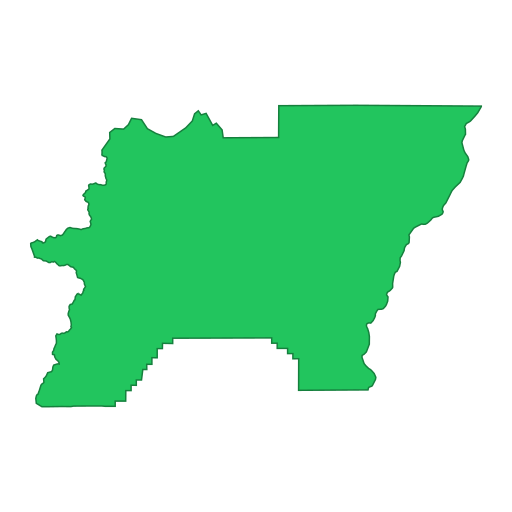 outline of Baker, Oregon, United States of America
{"feature_id": "52423323B10863123109604", "entity_name": "Baker", "entity_type": "district", "adm_level": 2, "iso_a3": "USA", "parent_name": "United States of America", "parent_adm1": "Oregon", "projection": "mercator", "projection_center": [-117.935, 44.668], "detail": "fine", "context": "isolated", "style": "filled", "palette": "green", "viewbox_px": 512, "rotation_deg": 0, "n_neighbors": 0, "source": "geoboundaries", "source_scale": "gbopen_adm2", "svg_char_len": 5441}
<svg xmlns="http://www.w3.org/2000/svg" viewBox="0 0 512 512"><path d="M105.1,406.3L115.2,406.3L115.2,401.1L125.7,401.1L125.8,390.6L131.1,390.6L131.1,385.2L136.3,385.3L136.3,380.0L141.5,380.0L142.8,369.5L146.8,369.5L146.7,364.3L151.9,364.3L151.9,357.7L157.2,357.8L157.2,348.6L162.4,348.6L162.5,343.3L172.7,343.5L172.7,338.2L271.7,337.9L271.7,343.2L277.2,343.2L277.2,348.4L287.6,348.4L287.6,353.6L292.9,353.6L292.9,358.8L298.7,358.7L298.6,390.3L368.0,389.9L368.5,387.8L368.8,387.4L369.2,387.1L371.7,386.2L372.3,385.7L375.2,380.0L375.4,379.7L375.8,377.7L375.8,377.2L374.2,373.6L373.9,373.2L371.4,370.4L370.4,369.5L368.8,368.6L365.9,365.8L364.1,363.6L362.0,357.4L362.1,355.4L364.1,354.2L366.2,352.1L366.6,351.3L368.4,346.6L369.3,344.2L369.4,336.6L369.1,334.6L368.8,332.6L367.6,328.6L366.8,327.2L366.5,326.0L366.4,325.2L366.7,324.2L366.9,323.7L368.9,322.8L370.3,323.1L370.9,323.0L373.1,320.6L374.6,317.8L375.1,316.5L375.4,315.3L375.3,314.1L375.8,312.9L377.0,310.7L378.0,309.4L381.7,309.2L383.3,308.6L385.5,306.2L386.4,304.6L387.7,301.1L388.0,296.9L386.7,295.1L386.6,294.3L387.2,292.7L388.1,291.7L389.3,291.1L390.3,290.3L392.4,288.0L392.7,287.2L392.6,283.5L393.8,275.9L394.5,273.9L395.3,272.2L397.0,271.4L399.6,266.4L400.4,262.3L400.0,260.4L400.2,257.7L401.4,256.2L404.1,250.6L404.2,249.6L404.6,247.6L406.4,244.6L408.5,243.5L409.1,242.4L409.4,236.9L408.9,234.9L413.6,228.3L415.2,227.2L421.5,224.0L423.5,224.3L425.4,224.2L427.2,223.2L428.6,222.0L430.9,219.9L432.1,218.3L432.7,217.8L433.7,217.3L438.4,216.3L441.5,214.5L442.1,214.1L442.8,212.9L443.1,211.9L443.1,211.5L442.5,210.2L442.3,209.4L442.3,208.7L443.0,206.5L443.8,205.2L445.8,203.0L449.6,195.5L450.8,193.0L452.1,190.5L455.3,186.9L460.1,182.4L462.2,178.6L463.4,176.1L463.9,174.0L465.1,169.7L466.1,166.1L467.1,162.9L468.3,161.0L468.7,160.1L468.7,159.5L467.8,156.7L465.0,152.7L463.9,150.3L463.7,149.6L461.9,142.7L462.3,140.7L465.1,134.9L465.5,134.4L465.4,129.3L465.1,128.1L464.6,126.9L464.6,126.6L466.3,123.5L469.2,121.9L470.5,121.0L474.8,116.3L477.7,112.8L481.3,106.6L481.3,106.1L356.0,105.3L278.8,105.7L278.6,137.5L223.2,137.8L222.1,129.9L216.3,123.2L212.7,125.4L206.1,113.4L201.1,114.9L198.3,110.8L194.6,113.8L192.3,121.0L185.8,127.8L173.4,136.4L165.7,137.0L155.8,133.4L147.4,128.7L141.5,119.7L131.6,118.3L128.4,124.7L123.6,129.1L114.8,128.5L109.7,132.5L109.9,138.9L101.9,150.2L102.1,150.7L102.0,152.0L102.1,153.0L101.9,154.4L102.2,155.5L103.2,155.8L104.0,156.3L105.0,156.7L106.0,156.6L106.4,157.0L106.9,157.6L107.1,158.6L106.8,159.4L106.4,161.3L106.2,161.9L105.2,162.7L105.4,163.8L106.0,164.5L106.0,166.1L105.1,167.2L104.2,168.0L103.9,169.1L104.4,169.9L104.1,171.9L105.3,173.7L105.3,175.9L106.0,178.5L106.7,179.8L106.7,180.9L106.4,181.3L106.2,182.5L106.3,183.6L105.9,184.5L104.5,185.2L102.7,185.3L100.7,184.7L100.1,184.6L99.3,184.7L97.7,184.3L96.7,183.7L96.2,183.2L95.6,183.0L95.1,183.2L93.8,183.8L92.4,184.2L90.4,184.0L89.3,184.6L88.8,185.0L88.6,185.9L88.9,186.7L89.0,188.1L89.0,188.9L87.3,190.2L85.8,191.1L85.5,192.5L84.6,193.4L83.3,194.6L83.0,195.6L83.8,196.3L84.9,196.8L85.3,197.7L84.9,199.0L84.7,199.6L85.0,200.2L85.7,200.6L85.9,201.3L86.6,201.7L88.0,202.2L88.8,203.4L88.9,204.7L88.3,205.7L88.0,207.4L88.3,208.5L87.8,209.0L87.8,209.9L88.1,210.4L88.9,211.7L89.2,212.7L89.0,213.5L89.3,214.8L90.4,216.3L91.3,217.8L91.5,219.4L90.8,220.2L90.2,221.4L91.0,224.3L90.1,226.7L88.8,227.8L87.2,227.8L85.6,228.4L83.0,228.8L81.1,229.6L79.5,229.1L76.9,228.6L73.3,228.4L72.1,228.2L70.0,227.5L67.8,228.2L66.3,229.5L65.7,230.5L64.8,231.7L63.2,234.1L62.2,235.2L61.2,235.4L60.6,235.7L59.2,235.2L58.0,234.9L56.7,235.5L56.5,236.7L55.7,237.7L53.7,237.7L51.8,236.9L50.7,236.2L49.4,236.5L48.9,236.9L46.2,239.0L45.9,239.8L45.6,241.3L45.2,242.0L44.5,242.5L43.8,242.7L43.6,243.0L42.5,242.9L41.9,241.7L39.8,241.1L38.1,240.5L37.4,239.8L36.6,240.4L36.1,240.7L35.0,241.6L33.1,242.5L31.2,243.0L30.7,243.5L30.9,246.6L32.1,249.4L33.5,253.4L34.5,256.2L34.5,257.2L35.8,257.2L37.4,258.1L39.0,258.0L40.4,258.7L41.4,258.9L43.3,260.7L46.2,261.0L48.7,262.5L50.1,262.6L51.9,261.6L53.2,262.1L54.4,261.4L56.0,262.5L56.6,263.5L58.1,264.7L58.8,265.5L59.4,265.8L60.7,265.8L61.9,265.5L63.6,265.6L65.1,265.2L66.4,264.5L68.0,264.5L70.7,266.7L73.4,267.3L74.5,268.8L76.4,270.5L76.5,271.7L76.2,272.7L76.7,274.2L77.2,276.0L77.6,277.5L79.3,278.1L80.2,278.2L82.8,279.6L84.3,282.2L84.4,284.1L85.5,286.5L84.7,287.9L83.6,289.3L83.9,290.4L83.2,291.1L82.9,292.8L81.7,294.3L81.1,295.2L80.2,294.7L79.2,294.1L77.8,294.0L77.8,293.7L76.8,294.3L76.3,295.4L75.4,296.5L75.1,298.5L75.1,299.1L74.9,299.8L74.2,300.3L73.4,302.0L72.2,304.0L71.1,304.3L70.2,304.5L69.1,306.3L69.1,308.0L69.5,309.8L68.9,311.1L68.2,313.5L68.2,315.1L68.7,316.0L69.3,317.1L70.3,319.1L71.0,322.0L71.3,325.0L70.9,326.7L71.5,327.6L70.5,329.1L69.3,330.3L68.5,331.5L67.3,332.0L66.4,331.8L65.1,332.8L63.9,333.4L62.7,333.1L61.3,333.3L60.0,334.4L58.0,334.4L57.0,333.9L55.8,335.9L56.2,338.5L56.4,340.6L56.4,343.3L55.5,345.1L54.7,347.2L54.0,348.5L53.7,350.4L52.5,352.1L52.5,354.3L53.2,354.7L54.0,354.5L54.5,355.0L54.7,356.8L56.0,359.3L58.0,361.0L59.1,362.7L59.2,364.0L58.5,363.8L57.1,364.0L53.7,365.1L52.9,367.0L52.6,369.3L52.4,370.4L51.4,371.7L49.8,372.1L47.7,372.7L46.3,375.8L45.1,377.4L43.6,378.8L43.9,382.4L42.9,383.4L42.1,383.8L41.0,385.1L40.4,387.0L39.7,389.3L39.2,390.9L38.6,392.3L38.1,394.1L37.2,394.5L36.4,395.8L35.8,398.4L36.3,403.3L41.9,406.7L48.8,406.7L61.7,406.5L70.8,406.6L73.6,406.1L88.3,406.0L102.0,406.0L105.1,406.3Z" fill="#22c55e" stroke="#15803d" stroke-width="1.5"/></svg>